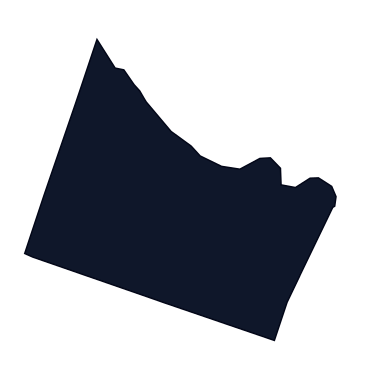 Morgan, Alabama, United States of America, rotated 18°
{"feature_id": "52423323B17424718364121", "entity_name": "Morgan", "entity_type": "district", "adm_level": 2, "iso_a3": "USA", "parent_name": "United States of America", "parent_adm1": "Alabama", "projection": "mercator", "projection_center": [-86.8, 34.495], "detail": "fine", "context": "isolated", "style": "filled", "palette": "ink", "viewbox_px": 384, "rotation_deg": 18, "n_neighbors": 0, "source": "geoboundaries", "source_scale": "gbopen_adm2", "svg_char_len": 591}
<svg xmlns="http://www.w3.org/2000/svg" viewBox="0 0 384 384"><g transform="rotate(18 192 192)"><path d="M316.2,307.7L316.3,291.4L316.5,267.5L320.3,239.0L320.4,237.8L330.6,163.1L332.1,161.4L330.4,151.9L323.1,143.5L307.9,139.5L300.0,142.4L289.0,155.8L274.5,157.7L268.8,142.1L256.0,135.3L246.2,139.1L230.5,155.5L212.1,158.5L188.6,155.2L177.0,148.6L153.4,140.9L120.6,120.5L116.9,117.3L111.0,112.0L103.7,107.8L89.4,96.9L80.6,97.9L54.5,76.3L54.1,125.2L53.9,144.1L52.3,240.4L51.9,302.2L61.0,303.1L187.7,305.6L199.8,305.9L316.2,307.7Z" fill="#0f172a" stroke="#020617" stroke-width="1.5"/></g></svg>